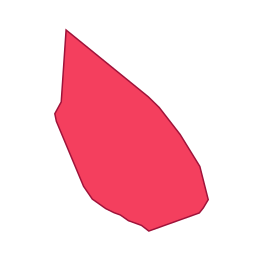 map outline of Al Fayyum (orthographic projection), rotated 83°
{"feature_id": "EGY-1542", "entity_name": "Al Fayyum", "entity_type": "Governorate", "adm_level": 1, "iso_a3": "EGY", "parent_name": "Egypt", "parent_adm1": "", "projection": "orthographic", "projection_center": [30.723, 29.357], "detail": "fine", "context": "isolated", "style": "filled", "palette": "rose", "viewbox_px": 256, "rotation_deg": 83, "n_neighbors": 0, "source": "natural_earth", "source_scale": "10m", "svg_char_len": 401}
<svg xmlns="http://www.w3.org/2000/svg" viewBox="0 0 256 256"><g transform="rotate(83 128 128)"><path d="M232.8,119.9L226.3,126.5L220.0,138.9L213.4,146.2L210.4,152.1L205.3,159.9L194.2,172.1L180.5,179.2L112.6,198.3L104.9,198.9L94.0,191.1L23.2,177.5L99.6,104.0L111.5,94.5L140.9,77.0L174.9,61.4L208.9,57.1L216.5,63.0L221.0,67.6L232.8,119.9Z" fill="#f43f5e" stroke="#9f1239" stroke-width="1.5"/></g></svg>